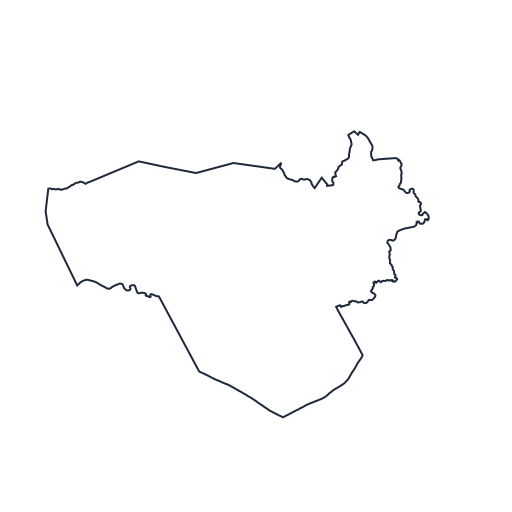 outline of Manhiça, Maputo, Mozambique, rotated 62°
{"feature_id": "85939544B91620585279817", "entity_name": "Manhiça", "entity_type": "district", "adm_level": 2, "iso_a3": "MOZ", "parent_name": "Mozambique", "parent_adm1": "Maputo", "projection": "orthographic", "projection_center": [32.812, -25.289], "detail": "fine", "context": "isolated", "style": "outline", "palette": "slate", "viewbox_px": 512, "rotation_deg": 62, "n_neighbors": 0, "source": "geoboundaries", "source_scale": "gbopen_adm2", "svg_char_len": 6043}
<svg xmlns="http://www.w3.org/2000/svg" viewBox="0 0 512 512"><g transform="rotate(62 256 256)"><path d="M305.1,87.7L304.6,86.6L303.7,85.7L301.6,84.9L299.8,85.0L297.2,85.7L296.7,85.9L296.5,86.3L296.9,87.7L297.1,89.1L297.9,89.8L297.8,90.6L297.2,91.5L296.1,92.4L295.1,92.5L294.3,92.1L294.1,91.7L293.9,90.0L293.4,89.2L288.5,87.6L287.5,85.9L286.8,85.6L285.6,85.8L284.9,86.2L284.6,87.0L284.0,87.0L282.4,86.2L281.7,86.1L277.9,87.0L276.5,86.5L276.0,86.5L274.8,87.1L274.1,87.1L273.6,86.9L271.9,85.8L270.7,85.8L269.8,86.6L269.5,88.3L269.9,89.5L270.2,89.8L271.3,90.0L271.8,91.0L271.8,91.7L271.5,92.7L271.1,93.4L270.4,93.9L266.7,94.7L265.9,95.3L265.5,96.0L264.4,96.9L262.8,97.9L262.2,98.0L261.8,97.9L261.5,97.5L261.0,96.1L260.1,95.3L259.1,93.3L257.9,92.8L257.0,91.9L255.7,91.4L255.1,90.8L253.7,90.3L252.1,89.4L251.3,88.4L248.8,87.7L246.2,87.3L245.3,86.6L244.5,85.2L243.1,84.3L239.0,84.4L238.5,84.6L238.3,85.0L238.5,85.5L238.0,85.6L237.2,85.2L235.5,86.3L234.9,87.2L228.0,102.8L227.4,105.4L226.5,107.7L225.3,107.5L222.1,107.4L220.9,106.9L218.1,105.5L217.5,104.4L216.1,102.9L215.2,102.3L213.5,101.6L212.5,101.5L210.0,101.7L205.2,101.8L203.4,102.0L201.2,102.6L195.1,106.1L195.1,106.3L196.9,109.0L192.1,110.7L192.1,113.2L192.5,117.7L194.7,118.0L197.6,117.8L202.2,119.1L202.7,119.6L205.2,122.6L208.1,124.6L209.8,126.1L211.9,127.2L212.7,127.8L213.1,128.8L213.3,130.0L213.2,131.6L213.4,133.3L213.2,134.2L213.1,135.2L213.6,136.0L215.1,136.8L215.7,137.6L215.7,139.1L216.2,141.4L217.1,142.0L217.6,142.9L218.2,143.4L219.4,146.8L221.5,147.6L223.2,147.9L223.0,149.8L222.4,150.2L222.5,150.8L222.9,151.8L223.2,152.2L224.0,152.4L225.1,153.4L226.3,153.6L227.6,153.2L229.4,154.4L229.5,154.5L229.0,156.4L227.4,160.3L226.3,159.5L217.7,161.2L223.6,172.3L222.0,172.7L218.1,173.1L217.2,172.5L214.4,172.8L212.7,174.0L211.7,175.4L211.1,177.9L209.6,179.2L208.9,180.4L209.0,181.5L209.5,182.3L209.8,183.3L209.7,184.4L209.2,185.5L208.1,186.9L206.1,188.0L203.8,190.5L202.6,191.6L201.5,192.2L199.3,192.4L198.2,192.7L197.5,192.7L196.6,192.3L195.8,192.4L192.5,192.3L191.9,192.4L190.0,193.2L189.3,193.3L188.0,192.5L187.3,191.8L186.5,190.6L185.8,190.7L187.9,198.4L163.3,232.3L154.6,270.0L133.9,295.5L117.4,315.1L112.4,369.0L112.2,369.3L112.1,370.4L112.1,371.0L112.3,371.7L112.3,372.2L112.2,372.6L111.7,373.0L110.0,373.9L108.0,376.0L107.7,376.5L107.8,378.1L106.9,380.8L107.0,382.1L107.3,384.1L106.9,385.4L106.9,386.2L107.3,387.6L107.2,389.0L107.4,389.6L107.5,391.5L106.8,393.0L106.3,396.5L105.5,397.2L105.0,398.3L104.1,398.8L103.8,399.4L103.6,400.6L103.2,401.5L101.8,403.1L101.6,404.2L101.4,404.5L99.7,405.9L99.1,407.8L117.8,420.8L130.3,425.2L198.1,427.7L197.0,424.0L196.7,421.5L196.8,419.4L197.6,416.4L198.2,415.5L202.6,410.8L204.4,409.3L208.9,406.7L210.6,405.4L214.9,402.6L215.5,401.8L215.9,401.2L216.2,399.8L215.8,397.3L215.8,393.8L216.0,392.5L216.4,389.3L217.1,388.1L217.5,387.6L218.5,387.1L222.0,387.5L224.2,387.1L225.8,386.2L226.6,384.7L226.7,383.2L226.3,382.5L225.5,382.1L224.2,382.0L223.8,381.8L223.5,381.3L223.5,379.5L224.1,378.0L225.2,377.0L225.8,377.0L231.9,377.9L232.9,377.8L233.7,377.2L234.4,375.9L234.5,374.7L235.0,373.6L236.7,371.5L237.2,371.1L237.9,371.1L238.9,371.9L239.6,371.8L239.8,371.0L240.2,370.7L241.8,369.8L242.3,369.2L242.6,368.7L242.5,368.2L242.0,367.9L241.1,367.8L240.6,367.5L240.4,367.1L240.4,366.6L241.0,365.7L244.5,362.9L246.2,360.7L331.3,360.4L338.9,354.7L344.5,350.9L348.2,348.0L348.5,347.6L354.1,343.3L355.6,341.8L356.0,341.7L356.3,341.2L359.2,339.2L359.7,339.1L359.9,338.7L362.8,337.1L363.0,336.8L365.0,335.6L366.8,334.4L367.3,334.3L367.6,333.9L370.3,332.2L371.6,331.5L373.7,330.0L375.8,329.0L378.1,327.4L383.4,324.5L387.5,322.5L390.9,320.6L395.7,318.2L396.0,317.9L398.6,316.7L407.9,310.3L408.1,310.0L411.1,307.9L411.2,292.2L411.4,290.3L411.2,289.4L411.4,285.9L411.2,282.0L411.4,278.7L412.9,265.4L412.9,261.4L412.3,257.9L411.6,255.6L411.4,253.7L410.9,251.8L410.9,251.1L410.6,249.1L410.5,245.0L410.1,239.7L409.8,237.7L408.1,232.5L405.6,228.6L403.4,224.9L402.4,222.8L402.1,222.5L401.3,221.0L400.9,220.6L400.1,219.1L398.6,217.1L395.4,210.8L394.5,209.3L393.5,208.4L376.1,208.5L343.8,209.2L338.5,209.1L338.8,205.2L339.4,204.7L340.8,204.9L341.0,204.6L341.0,204.1L340.7,203.6L340.8,202.9L341.5,201.9L341.7,199.0L342.5,197.3L342.5,196.6L342.0,195.9L340.6,195.6L340.4,195.4L340.3,194.4L340.9,194.1L341.1,193.9L340.7,192.9L340.7,192.1L341.1,191.4L342.3,190.3L342.9,189.0L343.5,188.6L344.5,188.2L345.2,187.0L345.6,185.9L345.7,184.9L345.9,183.8L346.2,183.3L347.9,182.8L348.5,182.4L348.9,181.7L349.1,180.6L349.1,179.7L348.8,178.9L347.8,177.1L348.1,176.3L349.2,174.6L349.2,173.8L348.5,171.2L347.6,169.7L347.0,169.1L346.7,169.0L345.0,169.3L344.3,169.5L343.8,170.1L342.9,170.6L342.2,170.8L341.8,171.1L340.9,171.0L340.6,170.7L340.4,169.7L339.1,167.9L338.6,167.7L338.2,167.3L338.1,166.4L337.8,166.0L336.5,165.0L335.8,164.9L335.1,165.0L334.5,164.6L334.3,163.9L334.3,163.2L334.6,162.8L335.0,162.6L335.9,162.6L336.1,162.3L335.5,160.8L335.4,159.4L335.5,159.0L336.9,158.6L337.8,158.0L337.4,156.7L337.4,156.1L337.6,155.4L338.3,154.4L338.8,153.0L338.8,151.3L339.1,150.9L340.1,150.3L340.3,148.8L340.7,148.6L340.7,148.0L341.1,147.7L341.4,146.9L341.9,146.6L342.4,147.4L342.7,147.2L343.1,146.3L343.6,146.1L343.8,145.4L343.6,143.7L342.9,143.0L342.7,142.2L342.4,142.1L341.3,142.5L340.4,143.4L340.0,143.4L339.0,142.0L338.3,141.8L337.0,142.4L334.1,141.2L331.7,141.5L330.1,140.5L329.4,140.5L328.6,140.8L327.1,140.5L325.4,141.2L323.7,140.3L323.0,139.7L320.7,139.3L318.8,138.5L318.0,137.4L317.5,137.0L315.8,136.8L315.0,136.5L314.5,136.0L314.2,135.3L314.4,134.8L314.2,134.4L312.5,133.6L311.6,133.3L310.5,133.3L307.9,133.4L306.5,133.8L306.0,133.7L305.5,133.6L304.7,132.9L304.3,131.9L304.4,130.6L305.0,129.5L306.7,128.0L306.8,126.6L306.6,125.5L305.6,124.1L302.7,121.8L300.8,119.5L300.8,117.1L301.4,112.4L304.2,103.1L304.3,101.8L303.8,99.9L301.9,98.4L302.0,98.2L301.4,98.2L301.4,97.0L301.6,96.5L302.3,96.1L304.4,96.0L305.6,94.2L305.7,93.0L305.3,91.8L304.4,90.7L303.4,90.1L303.0,89.7L303.0,89.2L303.5,88.4L303.6,88.0L304.9,87.9L305.1,87.7Z" fill="none" stroke="#1e293b" stroke-width="2"/></g></svg>